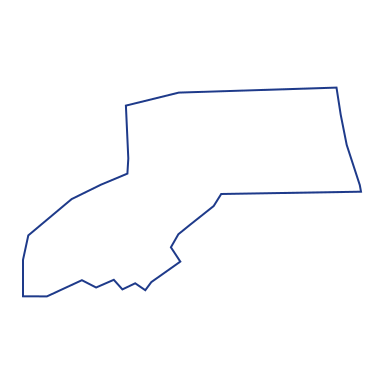 Bosso, Diffa, Niger
{"feature_id": "23599985B85188331861732", "entity_name": "Bosso", "entity_type": "district", "adm_level": 2, "iso_a3": "NER", "parent_name": "Niger", "parent_adm1": "Diffa", "projection": "mercator", "projection_center": [13.21, 13.719], "detail": "fine", "context": "isolated", "style": "outline", "palette": "blue", "viewbox_px": 384, "rotation_deg": 0, "n_neighbors": 0, "source": "geoboundaries", "source_scale": "gbopen_adm2", "svg_char_len": 466}
<svg xmlns="http://www.w3.org/2000/svg" viewBox="0 0 384 384"><path d="M125.9,105.6L128.3,158.5L127.4,173.6L100.9,184.7L71.6,199.1L28.3,235.4L23.0,259.9L23.0,296.3L46.9,296.4L81.9,280.2L96.1,287.5L113.8,279.8L122.4,289.4L135.2,283.3L145.3,290.2L151.3,282.1L180.3,261.6L170.9,247.3L178.4,234.2L190.4,224.5L213.7,206.0L221.2,194.0L361.0,191.7L359.8,185.1L346.7,144.9L340.7,114.7L336.5,87.6L178.8,92.6L125.9,105.6Z" fill="none" stroke="#1e3a8a" stroke-width="2"/></svg>